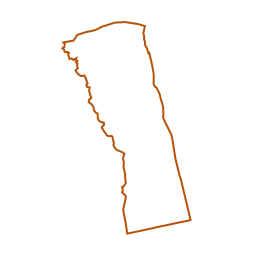 Hatillo, Puerto Rico (orthographic projection), rotated 345°
{"feature_id": "32010507B41053706339825", "entity_name": "Hatillo", "entity_type": "district", "adm_level": 2, "iso_a3": "PRI", "parent_name": "Puerto Rico", "parent_adm1": "", "projection": "orthographic", "projection_center": [-66.807, 18.407], "detail": "fine", "context": "isolated", "style": "outline", "palette": "amber", "viewbox_px": 256, "rotation_deg": 345, "n_neighbors": 0, "source": "geoboundaries", "source_scale": "gbopen_adm2", "svg_char_len": 1706}
<svg xmlns="http://www.w3.org/2000/svg" viewBox="0 0 256 256"><g transform="rotate(345 128 128)"><path d="M164.8,227.8L165.8,190.8L165.5,187.2L165.9,169.2L166.1,167.9L168.1,148.6L168.2,145.9L167.6,142.8L167.5,142.6L164.9,129.5L164.7,126.5L165.5,124.6L167.4,116.9L167.3,110.8L167.2,106.8L167.3,103.0L166.1,96.7L164.7,94.9L164.1,92.4L166.8,82.6L167.1,79.3L167.6,73.1L168.0,61.0L167.0,61.2L167.0,56.1L165.9,51.9L166.5,49.9L166.8,49.5L166.5,46.8L167.4,42.9L167.2,40.7L170.7,34.0L165.6,30.8L164.8,30.3L152.1,24.7L150.7,24.5L145.2,23.4L142.2,22.8L138.6,23.0L138.2,23.0L129.2,23.4L126.5,24.0L123.7,24.6L121.5,25.0L117.4,24.8L112.5,24.5L108.2,24.7L103.1,25.0L101.7,26.3L98.1,29.4L87.7,28.7L88.7,30.5L87.3,33.4L85.3,34.0L86.5,35.7L86.6,37.5L86.6,37.9L87.6,38.8L89.4,38.9L90.4,40.1L89.2,41.2L89.4,46.2L91.7,46.3L92.9,48.2L96.1,47.2L95.2,48.9L96.4,50.2L94.8,51.0L95.9,52.9L95.0,54.1L95.0,57.2L92.3,58.7L93.4,62.7L96.2,65.7L99.5,66.0L100.1,69.7L100.5,74.4L99.0,75.2L99.2,77.8L101.5,78.9L100.0,82.3L100.0,84.4L100.3,89.6L97.9,90.4L96.7,92.8L99.0,95.8L100.1,98.8L99.7,101.9L100.8,104.8L102.4,106.2L101.2,111.1L102.1,114.0L104.5,116.0L105.9,116.2L105.8,118.6L103.0,120.2L102.8,121.1L105.6,129.6L107.5,131.1L110.2,131.4L110.7,133.4L110.3,135.8L110.7,138.1L109.5,140.8L110.1,143.9L111.9,146.7L114.0,148.2L115.3,149.1L116.3,150.0L117.9,152.1L115.9,155.0L115.2,156.7L115.1,159.9L113.4,165.4L113.6,169.1L113.1,170.1L113.5,171.9L112.7,173.4L111.6,180.6L109.0,183.1L106.9,183.5L107.2,186.0L105.6,188.8L108.1,192.4L108.1,194.1L106.8,196.7L105.0,200.2L102.1,205.9L101.4,215.6L101.4,217.4L99.9,229.8L100.5,229.9L136.2,231.6L137.1,231.7L147.4,232.2L164.5,233.2L164.8,227.8Z" fill="none" stroke="#b45309" stroke-width="2"/></g></svg>